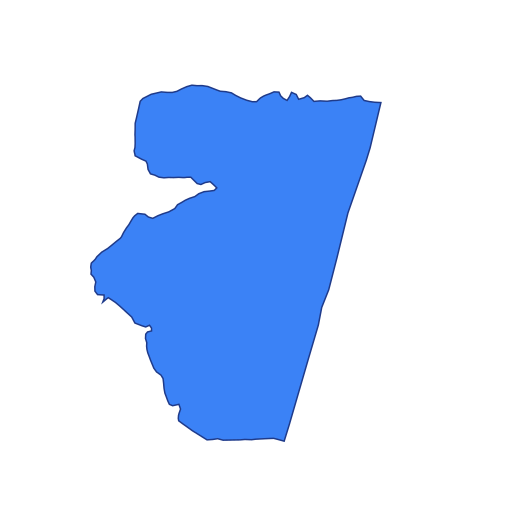 the district of Kuria West, Nyanza, Kenya, rotated 253°
{"feature_id": "3690345B86494009793520", "entity_name": "Kuria West", "entity_type": "district", "adm_level": 2, "iso_a3": "KEN", "parent_name": "Kenya", "parent_adm1": "Nyanza", "projection": "natural_earth1", "projection_center": [34.539, -1.202], "detail": "fine", "context": "isolated", "style": "filled", "palette": "blue", "viewbox_px": 512, "rotation_deg": 253, "n_neighbors": 0, "source": "geoboundaries", "source_scale": "gbopen_adm2", "svg_char_len": 2673}
<svg xmlns="http://www.w3.org/2000/svg" viewBox="0 0 512 512"><g transform="rotate(253 256 256)"><path d="M298.1,97.9L297.3,96.4L294.4,95.0L293.2,94.6L290.3,94.3L286.9,92.9L283.1,94.7L278.0,95.2L273.8,92.9L269.5,91.7L265.4,93.2L263.1,99.3L259.7,98.3L256.7,96.0L258.8,100.9L259.3,102.6L256.3,105.1L252.7,108.0L248.4,110.8L244.2,113.3L239.9,115.8L234.0,119.3L227.3,120.6L222.5,126.7L220.4,129.8L220.9,133.9L217.7,135.0L214.9,134.2L215.1,130.1L213.5,127.7L209.4,126.2L205.0,126.2L201.7,125.0L198.5,124.4L195.0,124.2L192.3,124.4L187.0,124.7L178.6,125.5L174.2,127.0L169.9,130.3L166.0,131.3L161.6,130.5L156.4,129.4L154.2,129.1L151.5,128.8L148.4,129.0L143.1,129.3L139.5,129.8L137.2,132.5L136.7,138.9L131.7,139.1L127.7,136.2L126.2,135.3L123.4,134.2L121.0,133.9L116.9,136.9L113.3,139.7L107.6,144.0L94.5,155.4L93.2,161.0L92.5,165.9L89.5,170.7L84.8,187.1L83.8,191.8L81.6,198.1L80.9,202.2L78.5,211.8L77.6,215.3L76.5,219.5L74.2,223.3L70.7,228.8L85.3,238.7L141.7,275.6L171.7,295.4L187.6,303.8L202.5,315.7L230.8,333.0L270.3,356.5L315.2,389.4L326.0,396.7L366.2,420.3L368.3,414.5L370.5,409.6L373.1,404.9L378.3,402.8L379.3,398.8L379.5,394.9L379.8,392.9L380.1,391.2L380.2,387.3L380.5,383.0L381.2,378.7L382.3,374.6L383.2,369.3L385.6,362.7L386.9,356.6L391.4,354.3L394.6,352.2L393.3,348.4L393.4,342.6L398.7,341.7L402.1,337.8L398.6,334.7L395.7,331.2L398.7,328.2L402.0,326.4L406.0,325.9L407.7,321.2L407.2,316.9L407.1,315.2L407.0,312.7L406.7,310.0L405.9,306.7L405.4,305.5L403.4,301.7L404.6,297.6L407.7,292.6L411.7,287.5L415.5,283.5L419.2,280.2L422.0,275.1L424.0,270.0L426.1,267.2L428.8,263.8L432.2,259.5L434.6,254.5L436.2,249.2L438.1,244.6L438.2,239.3L437.5,233.4L436.6,228.5L436.9,223.7L438.5,218.7L440.6,213.4L441.3,203.1L439.7,193.9L437.8,190.5L431.6,187.0L422.7,181.9L418.3,179.3L417.4,179.0L415.8,178.5L414.8,178.2L411.7,177.2L408.2,176.0L407.3,175.7L405.2,175.2L402.5,174.4L398.8,173.3L395.2,172.0L392.2,170.2L390.3,170.0L388.4,169.9L387.2,169.7L382.2,174.7L378.9,178.5L375.8,179.0L370.3,178.1L365.4,179.1L362.9,182.9L359.8,186.2L357.7,190.8L356.7,195.3L355.1,200.1L353.8,205.2L352.3,209.2L351.8,211.0L351.5,212.9L350.4,216.7L346.8,218.6L342.5,220.9L340.5,224.2L341.1,228.8L340.5,233.9L336.7,236.2L332.6,238.4L330.9,235.2L331.7,230.3L332.7,225.2L332.3,219.5L330.7,214.9L330.6,209.3L330.0,204.7L329.0,200.7L328.0,196.0L325.1,192.2L323.7,185.4L323.6,179.0L323.2,174.0L322.2,168.3L324.7,164.5L328.4,162.0L331.3,155.3L329.9,151.7L328.5,149.5L326.1,146.8L323.2,143.7L320.7,140.3L317.4,136.5L316.4,135.5L313.7,133.0L312.6,131.4L311.3,128.0L310.8,126.7L309.0,122.4L306.6,116.5L304.8,109.6L301.8,103.6L300.0,101.5L298.9,99.6L298.1,97.9Z" fill="#3b82f6" stroke="#1e3a8a" stroke-width="1.5"/></g></svg>